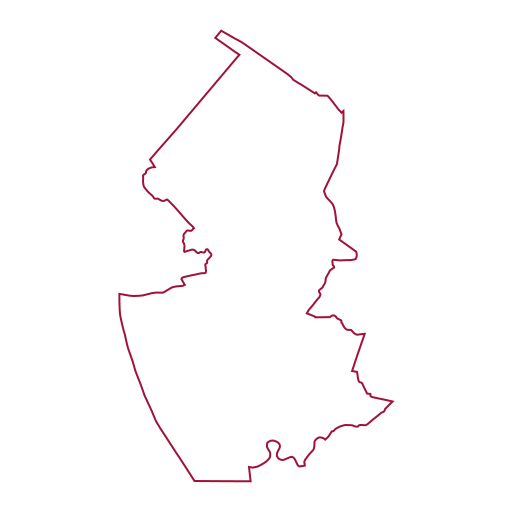 Chau Thanh, Kiên Giang, Vietnam
{"feature_id": "81297802B94247950786042", "entity_name": "Chau Thanh", "entity_type": "district", "adm_level": 2, "iso_a3": "VNM", "parent_name": "Vietnam", "parent_adm1": "Kiên Giang", "projection": "mercator", "projection_center": [105.182, 9.959], "detail": "fine", "context": "isolated", "style": "outline", "palette": "rose", "viewbox_px": 512, "rotation_deg": 0, "n_neighbors": 0, "source": "geoboundaries", "source_scale": "gbopen_adm2", "svg_char_len": 6102}
<svg xmlns="http://www.w3.org/2000/svg" viewBox="0 0 512 512"><path d="M194.5,481.0L224.2,481.2L250.6,481.3L249.0,467.0L251.0,467.3L252.7,467.6L253.6,467.4L257.4,466.6L260.4,465.2L264.3,462.9L266.8,461.0L268.9,458.8L269.8,457.4L270.0,456.8L270.2,455.5L270.2,453.2L270.1,452.7L269.7,451.8L267.9,448.8L266.9,446.7L266.9,445.8L267.0,444.4L267.1,443.3L267.6,442.5L268.5,441.8L270.2,441.0L271.2,440.7L272.1,440.6L273.6,440.6L274.9,441.0L276.7,441.8L277.8,442.4L278.6,443.1L279.2,443.8L279.6,444.5L279.8,445.2L279.9,446.0L279.8,446.8L279.6,447.9L278.8,449.4L277.2,452.6L276.9,454.4L276.9,456.0L277.4,456.9L277.8,457.6L278.5,458.4L279.1,458.9L280.1,459.4L280.9,459.7L281.7,459.9L282.5,459.9L283.2,459.9L283.9,459.8L285.3,459.2L287.6,458.2L289.8,457.3L291.2,456.9L292.2,457.0L292.8,457.2L293.6,457.8L294.4,458.6L295.3,460.1L296.4,462.5L297.5,464.8L298.3,465.8L299.1,466.3L300.0,466.4L301.2,466.2L302.7,465.9L304.7,465.7L304.7,464.1L304.3,462.5L304.4,461.5L304.8,460.3L308.2,455.6L309.6,453.9L313.3,449.9L313.8,448.9L314.4,445.9L314.4,442.6L314.7,441.2L315.4,440.1L317.4,438.2L318.9,437.6L320.0,437.4L322.0,437.7L323.0,438.1L323.6,438.3L324.4,438.8L325.2,439.6L325.7,439.1L327.8,437.3L328.9,435.9L329.9,434.4L331.7,431.4L332.5,431.4L333.4,431.1L334.0,430.6L335.1,429.3L336.0,428.6L337.8,427.6L340.3,426.4L342.2,425.8L344.6,425.1L346.0,425.0L350.6,425.2L352.2,425.3L353.0,425.6L355.3,426.5L357.1,426.7L357.6,426.6L358.0,426.4L358.3,426.1L359.0,425.4L359.3,425.2L360.3,425.0L361.1,425.0L364.5,425.2L365.3,425.2L365.9,425.1L366.7,424.7L367.6,424.1L369.7,422.3L373.1,419.4L377.8,415.7L381.2,412.8L383.3,411.9L384.0,411.4L384.3,411.2L384.5,410.8L384.6,410.4L384.9,409.5L385.2,409.0L386.9,407.1L392.6,401.5L386.6,400.1L372.6,397.2L370.6,396.3L370.3,393.9L367.1,393.6L364.0,387.3L362.2,383.3L361.7,382.8L359.6,382.1L359.1,381.7L358.8,381.3L358.4,380.1L357.8,377.4L357.4,373.9L357.0,371.9L352.1,371.0L356.4,357.9L360.6,345.7L364.7,333.8L360.2,334.3L358.3,334.6L357.5,334.7L356.7,334.6L356.1,334.4L355.2,333.9L354.3,333.4L351.3,330.2L350.9,330.0L350.3,329.9L348.7,329.9L347.5,329.8L346.5,329.5L346.0,329.1L344.5,327.7L342.7,324.6L342.4,323.6L341.4,322.6L341.4,321.2L341.3,320.6L340.8,320.2L337.3,318.5L336.4,317.5L335.8,316.5L335.0,315.9L334.3,315.5L333.4,315.4L332.4,315.5L331.5,315.9L329.8,317.2L327.9,317.1L327.5,317.1L327.1,317.2L315.3,317.3L315.1,316.8L314.3,316.3L306.8,313.3L308.8,309.9L312.4,305.7L317.0,299.8L319.0,297.6L319.6,296.8L320.0,295.8L320.2,295.2L320.4,294.6L320.4,293.9L320.1,293.4L319.7,292.9L319.4,292.5L319.1,292.1L319.0,291.8L319.0,291.4L319.0,291.0L319.0,290.7L319.2,290.3L319.7,289.8L320.6,289.0L321.6,288.2L322.3,287.7L322.9,286.9L323.4,285.7L324.6,283.8L324.9,283.2L325.2,282.5L325.4,281.3L325.6,280.5L325.6,279.3L326.0,277.6L326.2,277.2L327.1,275.9L327.6,274.7L328.4,273.5L329.4,271.5L330.1,270.4L331.1,269.6L332.5,268.6L332.7,268.3L333.5,267.9L334.0,267.6L334.1,267.0L334.1,266.6L333.8,266.1L333.3,265.6L332.8,265.1L332.6,264.6L332.6,262.9L332.4,261.8L332.4,261.0L332.7,260.3L333.0,259.9L333.3,259.7L337.7,260.2L339.8,260.4L347.4,260.1L350.6,260.1L353.4,259.7L355.7,259.0L356.5,257.1L356.7,256.0L356.7,254.5L356.6,253.5L356.2,251.7L339.2,239.5L340.3,236.8L341.0,235.4L341.5,234.5L339.5,228.8L337.6,225.3L336.5,222.7L336.0,219.4L335.6,215.6L335.1,212.3L334.7,210.1L333.9,207.0L332.8,204.3L331.3,202.5L327.4,198.3L326.1,196.8L325.1,194.3L324.1,191.6L324.1,190.9L324.3,190.2L324.8,188.9L328.8,180.5L333.8,170.2L336.7,164.6L337.0,163.8L339.2,149.1L339.4,146.1L340.8,138.4L341.4,134.8L342.6,126.9L343.3,123.5L343.5,121.3L343.5,119.8L343.5,114.5L343.4,111.0L341.5,112.8L340.4,111.4L339.3,110.4L338.3,109.2L331.8,100.7L329.5,97.9L328.1,96.3L327.2,95.7L325.9,95.7L322.8,95.6L319.3,95.6L318.5,95.2L317.8,94.4L316.0,92.3L314.9,93.4L307.8,88.8L301.0,84.5L297.6,82.5L293.3,79.8L291.2,77.1L287.2,73.9L267.6,60.2L242.6,42.8L238.7,40.5L235.3,38.8L221.2,30.7L215.3,37.9L234.1,51.2L239.4,54.8L237.0,57.5L176.9,128.8L156.4,152.1L150.0,159.6L151.1,161.2L153.2,164.4L154.8,167.1L153.1,167.2L151.0,167.6L148.3,168.8L147.4,169.5L146.8,170.2L146.1,171.2L145.9,172.5L145.7,173.3L145.2,173.7L144.1,174.4L143.6,174.8L143.1,175.4L143.0,175.9L143.2,178.0L143.0,181.1L143.4,184.9L143.8,186.3L144.5,187.6L147.8,191.6L152.5,195.9L153.0,196.5L153.4,197.1L153.7,197.6L153.9,198.0L154.3,198.3L154.8,198.7L156.0,198.7L157.1,198.7L157.8,198.7L158.3,198.8L159.2,199.4L160.8,200.3L161.7,200.8L163.0,200.9L164.0,200.9L164.9,200.5L166.8,199.5L167.3,199.6L167.7,200.0L168.4,200.5L174.4,206.7L179.2,212.1L182.0,215.4L186.2,220.1L188.6,222.8L191.2,225.2L192.7,226.5L193.4,227.3L193.8,228.1L193.7,228.1L193.2,228.5L192.6,229.6L191.9,230.3L191.2,230.8L189.8,230.8L187.6,230.4L186.6,230.8L185.5,232.3L184.2,233.6L183.4,235.5L183.7,237.2L183.7,238.1L183.6,238.9L183.4,239.6L182.9,240.6L182.9,241.2L183.1,242.0L183.9,243.4L184.4,245.1L184.5,246.3L184.1,250.5L184.1,251.3L184.5,251.9L191.2,249.8L192.0,249.6L192.7,249.6L193.5,249.8L194.2,250.0L194.9,250.5L196.6,252.3L197.4,252.8L198.0,253.1L198.9,253.0L199.8,252.3L200.5,252.0L201.3,252.0L202.6,252.4L203.7,252.5L204.5,252.3L205.0,252.0L205.2,251.2L205.8,250.0L206.2,249.5L206.6,249.3L207.1,249.2L207.6,249.4L208.2,250.1L208.6,250.9L209.1,251.6L211.0,253.7L211.3,254.5L211.3,255.3L210.9,256.2L209.7,257.5L208.8,258.6L208.0,259.3L207.3,260.1L207.1,260.6L207.1,262.7L207.0,263.0L206.4,263.5L205.8,263.8L205.3,264.5L205.3,265.4L205.6,266.7L205.7,267.6L205.7,268.6L205.9,269.7L206.0,270.5L206.0,271.3L205.9,272.0L205.7,272.5L205.3,273.0L203.8,273.2L202.1,273.2L200.0,273.5L195.3,274.6L192.0,275.2L184.1,277.0L182.9,277.4L181.8,278.0L181.5,279.2L184.8,284.9L182.8,285.8L175.7,286.5L171.9,287.4L167.9,289.8L164.3,292.0L162.6,292.7L160.4,292.7L158.6,292.6L155.9,292.6L152.1,293.1L147.2,294.3L143.0,295.4L138.7,295.8L133.4,296.0L129.8,295.7L119.4,293.9L119.4,301.2L119.7,309.7L120.0,314.1L120.7,318.1L122.6,326.3L123.6,330.3L125.0,335.1L126.0,339.9L127.1,344.6L128.1,348.4L132.8,361.8L134.8,368.9L135.6,371.5L140.9,385.0L144.7,395.9L146.6,399.8L152.0,411.6L156.0,421.2L160.6,428.8L166.3,437.5L176.9,453.9L179.3,457.3L191.8,476.8L194.5,481.0Z" fill="none" stroke="#9f1239" stroke-width="2"/></svg>